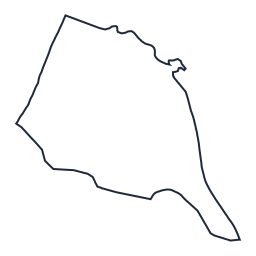 outline of Al Arsh, Al Bayda', Yemen
{"feature_id": "15242507B56607006437737", "entity_name": "Al Arsh", "entity_type": "district", "adm_level": 2, "iso_a3": "YEM", "parent_name": "Yemen", "parent_adm1": "Al Bayda'", "projection": "orthographic", "projection_center": [44.788, 14.359], "detail": "fine", "context": "isolated", "style": "outline", "palette": "slate", "viewbox_px": 256, "rotation_deg": 0, "n_neighbors": 0, "source": "geoboundaries", "source_scale": "gbopen_adm2", "svg_char_len": 3741}
<svg xmlns="http://www.w3.org/2000/svg" viewBox="0 0 256 256"><path d="M97.4,186.6L101.0,187.8L101.4,188.1L116.6,192.3L150.6,199.2L151.7,197.4L152.7,195.6L153.9,194.1L155.4,192.8L157.4,191.9L159.4,191.3L161.3,190.6L163.8,190.0L166.3,189.6L168.3,189.5L170.4,189.7L170.8,189.8L172.7,190.5L174.5,191.4L176.3,192.2L178.0,193.0L179.8,194.1L181.6,195.6L183.0,197.3L184.5,198.8L184.7,199.1L197.5,210.6L210.6,233.3L214.4,235.5L230.8,240.6L232.7,240.3L234.7,240.1L236.7,239.9L238.8,239.7L239.8,239.7L239.1,238.0L238.4,236.1L237.7,234.3L236.9,232.5L236.0,230.5L235.1,228.5L234.1,226.6L233.1,224.9L232.0,223.2L230.7,221.3L229.2,219.4L228.1,217.8L227.0,216.0L225.8,214.2L224.4,212.3L223.3,210.6L221.9,208.5L220.4,206.2L219.3,204.7L218.2,203.1L217.0,201.4L216.8,201.0L215.6,199.3L214.4,197.3L213.4,195.7L212.1,193.8L210.9,191.8L209.7,189.7L208.5,187.5L207.3,185.2L206.2,182.9L205.3,180.8L204.7,178.8L204.1,176.6L203.5,174.1L203.0,172.0L202.4,169.8L201.8,167.2L201.5,165.0L201.3,162.4L200.9,159.9L200.6,157.8L200.3,155.4L200.2,154.8L200.0,153.2L199.6,150.4L199.3,147.8L199.0,145.3L198.8,143.3L198.4,141.2L198.1,139.1L197.7,137.0L197.6,136.7L197.4,135.7L197.3,134.9L196.9,132.4L196.4,130.4L196.0,128.7L195.9,128.5L195.5,126.2L195.1,124.7L195.0,124.2L194.5,122.4L194.1,120.3L194.0,119.9L193.7,119.0L193.5,118.0L192.8,115.9L192.2,114.2L191.8,113.0L191.5,112.2L190.9,110.5L187.8,98.5L185.7,91.8L173.8,77.4L173.9,77.1L173.9,76.9L173.0,75.4L173.0,72.2L175.7,71.7L176.0,71.7L177.9,70.9L177.9,70.7L178.0,70.4L178.1,70.2L178.4,69.5L178.6,69.0L178.7,68.8L178.7,68.3L178.8,68.2L178.9,68.3L179.2,68.2L179.3,68.1L179.5,68.1L180.0,68.1L180.3,68.2L180.6,68.2L181.0,67.8L181.7,68.3L184.2,70.2L185.6,68.6L181.7,63.8L180.8,61.0L177.7,59.0L175.1,59.8L174.8,60.0L174.5,60.1L174.3,60.2L173.2,60.4L172.5,60.5L171.8,60.5L170.2,60.4L169.6,60.3L169.1,60.4L168.8,60.6L168.8,61.3L168.7,61.7L168.7,61.8L168.8,62.2L168.8,62.3L168.8,62.5L168.9,62.9L168.9,63.0L169.0,63.6L169.1,64.0L169.2,64.4L169.3,64.5L168.2,64.3L167.2,64.0L165.9,63.8L164.1,63.0L162.4,62.2L160.6,61.4L159.6,60.8L159.1,60.5L158.9,60.4L158.5,60.0L157.4,59.1L156.0,57.5L155.1,56.0L154.9,55.7L154.8,53.7L154.9,51.6L154.7,49.5L154.3,48.7L153.9,47.7L152.5,46.3L150.9,45.3L150.0,45.0L148.8,44.6L146.8,44.1L145.3,43.6L144.9,43.4L143.4,42.4L141.7,41.2L140.0,39.5L138.6,38.2L138.4,38.0L137.2,36.6L136.0,35.1L134.7,33.5L133.2,32.2L131.4,31.1L129.9,31.2L129.5,31.2L127.5,31.7L125.4,32.7L123.7,33.1L121.4,33.3L117.8,31.9L117.3,30.2L117.3,28.8L117.0,26.8L115.9,26.1L112.4,26.4L111.8,26.6L109.4,28.3L106.5,29.0L105.2,29.5L99.3,28.0L65.5,15.4L64.7,17.3L63.8,19.3L63.2,20.9L62.5,22.6L61.7,24.3L60.9,25.9L60.9,26.0L60.0,27.8L59.2,29.7L58.4,31.5L58.2,32.0L57.7,33.1L57.4,33.5L56.3,35.6L55.2,37.8L54.4,39.6L53.5,41.4L52.3,43.8L51.5,45.6L50.8,47.3L50.0,49.6L49.4,51.4L49.2,52.1L48.7,53.3L48.1,55.1L47.4,56.7L47.0,57.8L46.5,58.9L45.8,60.7L45.1,62.6L44.3,64.3L44.0,65.1L43.7,66.0L42.8,68.1L42.2,69.9L41.4,72.3L40.3,74.3L39.5,76.3L39.0,78.1L38.6,79.8L38.3,81.9L38.2,82.1L38.0,82.8L37.8,83.6L36.8,85.2L35.8,87.1L35.4,88.0L35.0,89.0L34.2,90.9L33.5,92.6L32.9,94.2L32.0,96.1L31.0,97.9L30.2,99.6L29.6,101.2L29.0,102.7L28.5,104.2L27.6,105.9L26.3,107.5L25.5,108.9L24.6,110.4L23.5,112.1L22.6,113.7L21.3,115.2L20.4,116.6L19.5,118.0L18.7,119.4L18.0,120.9L17.1,122.3L16.2,123.6L17.3,124.4L21.5,127.2L22.8,128.7L28.0,134.3L28.5,134.9L32.7,139.5L32.9,139.5L39.7,147.1L41.0,148.6L42.0,149.6L42.2,150.3L42.3,150.7L42.5,151.5L45.0,160.8L47.5,163.3L49.1,164.9L51.3,167.0L53.4,169.0L73.9,170.2L77.0,171.0L78.8,171.5L80.8,172.0L83.1,172.6L83.5,172.8L84.1,172.9L87.0,173.6L87.7,173.8L90.0,175.2L90.5,175.6L91.4,176.2L92.6,176.9L93.4,178.3L94.2,180.0L95.4,182.8L96.2,184.2L96.9,185.6L97.2,186.1L97.4,186.6Z" fill="none" stroke="#1e293b" stroke-width="2"/></svg>